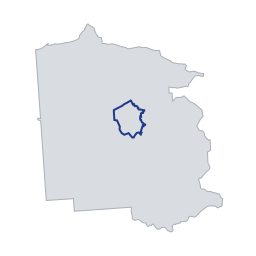 Gebrat Al Sheikh, North Kordufan, Sudan (highlighted), rotated 266°
{"feature_id": "16777658B91752448930430", "entity_name": "Gebrat Al Sheikh", "entity_type": "district", "adm_level": 2, "iso_a3": "SDN", "parent_name": "Sudan", "parent_adm1": "North Kordufan", "projection": "mercator", "projection_center": [31.456, 15.37], "detail": "fine", "context": "in_parent", "style": "outline", "palette": "blue", "viewbox_px": 256, "rotation_deg": 266, "n_neighbors": 0, "source": "geoboundaries", "source_scale": "gbopen_adm2", "svg_char_len": 5812}
<svg xmlns="http://www.w3.org/2000/svg" viewBox="0 0 256 256"><g transform="rotate(266 128 128)"><path d="M177.1,207.2L174.7,207.2L174.4,206.7L174.5,205.1L174.7,203.9L175.6,202.1L175.4,201.1L175.5,199.6L174.9,198.0L169.2,193.2L168.1,191.9L165.0,190.7L165.6,189.3L164.3,179.5L164.9,178.4L165.1,176.7L165.1,175.2L165.8,172.6L165.9,171.6L159.8,171.5L159.8,172.6L160.0,173.8L160.0,174.3L151.6,174.3L155.0,178.2L155.1,179.8L154.9,181.9L155.0,183.3L155.2,184.2L156.1,185.9L156.0,186.2L155.8,186.6L149.8,191.7L148.8,194.1L148.0,195.3L146.3,197.4L140.8,202.9L139.9,203.2L135.7,203.4L135.3,203.6L135.0,203.8L134.8,203.8L131.3,200.6L125.3,196.7L121.3,198.7L120.2,199.5L120.2,201.3L119.6,202.3L118.5,203.3L115.6,203.9L114.1,204.5L112.3,205.5L110.5,207.3L110.4,208.2L110.6,209.0L100.4,208.9L99.8,208.3L98.3,205.4L97.3,205.6L88.1,205.3L86.7,205.6L84.1,206.8L82.8,206.9L81.4,206.4L76.6,200.7L75.5,200.1L74.4,198.7L73.4,198.1L73.0,197.7L72.9,197.1L72.9,195.8L72.6,195.0L71.8,194.9L65.3,196.2L64.4,196.0L63.0,196.3L62.5,196.5L62.0,197.2L61.9,198.8L61.7,199.6L61.2,200.4L59.4,202.4L59.0,203.2L59.0,205.3L58.9,206.4L58.6,206.9L57.8,207.7L57.5,208.2L57.2,210.9L56.2,212.5L56.0,213.1L55.9,214.3L55.7,214.6L52.8,215.6L51.7,216.2L51.0,217.1L50.9,217.5L49.6,217.2L48.0,216.9L44.9,216.6L43.7,216.2L43.1,215.5L43.3,213.9L43.0,213.6L42.5,213.3L42.2,212.6L42.2,211.7L43.8,209.8L44.2,208.8L44.6,204.0L44.5,202.6L43.2,199.9L40.2,195.3L39.5,194.4L35.8,190.6L35.4,190.0L34.5,188.4L35.5,184.9L35.5,183.9L35.3,182.9L34.4,182.1L33.5,182.1L32.4,181.1L31.7,180.7L31.1,179.9L30.6,178.7L30.9,174.5L30.7,174.0L29.8,173.8L29.6,173.5L29.6,172.7L29.1,170.3L28.5,168.4L28.8,167.3L28.0,165.8L26.5,165.2L23.6,165.7L22.6,165.6L22.0,165.3L21.6,164.8L21.3,164.1L21.6,163.1L22.4,161.4L23.4,159.9L25.6,158.6L26.1,157.9L26.5,157.1L26.5,156.2L26.4,155.2L26.1,154.4L25.5,153.2L24.9,151.8L24.9,150.9L25.2,150.3L25.8,149.5L27.9,147.9L30.0,146.6L30.4,146.2L30.3,145.6L29.3,144.6L29.0,142.5L28.4,141.1L29.5,140.0L30.3,139.6L31.6,139.3L32.1,138.8L32.2,138.0L32.2,137.1L32.6,136.5L33.3,135.2L33.8,134.6L35.4,133.0L35.8,132.0L35.9,131.1L35.4,128.2L36.4,126.9L37.6,125.9L39.4,126.0L42.1,125.8L43.9,125.3L45.3,125.4L48.3,125.9L48.6,125.7L48.8,124.9L48.7,68.6L61.3,68.6L61.4,41.4L140.6,41.4L141.3,41.3L142.5,38.7L143.0,38.5L143.8,38.7L144.1,39.3L143.5,41.4L212.6,41.3L212.7,44.5L213.3,47.0L215.2,50.5L216.9,52.4L217.5,53.5L217.5,54.0L217.5,54.4L217.0,53.9L216.1,53.5L216.0,55.2L216.4,58.6L217.1,61.0L216.6,63.2L216.7,66.9L217.5,71.3L217.4,74.2L218.8,80.8L220.2,84.4L221.0,85.3L221.8,85.8L223.5,86.1L225.9,88.0L227.9,89.9L228.5,91.0L229.5,92.1L230.1,91.9L230.5,91.6L231.1,92.5L234.2,94.4L234.7,95.3L233.6,96.2L232.3,97.8L231.7,99.2L231.3,99.6L230.3,100.5L230.1,101.0L229.7,101.2L229.2,101.2L228.2,101.7L227.2,101.6L226.3,101.8L225.9,102.2L225.2,102.5L224.1,102.6L222.5,103.8L221.2,104.4L220.7,104.9L220.0,107.3L219.4,107.9L217.4,108.0L216.4,108.2L215.0,107.9L214.3,108.0L214.1,108.5L213.9,110.5L213.9,111.4L212.8,113.7L213.1,118.1L212.0,121.3L211.8,122.1L210.7,124.6L210.1,125.6L208.7,130.4L208.1,131.9L206.9,133.4L208.2,144.9L207.1,148.5L207.2,150.4L206.5,153.2L205.9,154.5L205.0,156.1L204.2,157.8L203.5,160.2L203.1,164.5L202.9,164.9L199.2,165.5L198.1,165.8L197.3,166.3L196.4,167.4L194.5,170.5L193.5,172.4L192.0,175.0L190.2,176.8L189.8,177.7L189.5,179.3L188.9,181.9L188.3,183.8L188.4,185.3L187.8,187.9L187.9,189.1L187.3,189.8L186.4,190.5L185.9,190.7L183.3,188.9L181.6,190.1L180.4,191.8L179.6,193.5L180.1,197.0L180.0,197.8L179.8,198.7L178.1,202.2L177.6,203.8L177.1,206.6L177.1,207.2Z" fill="#d9dde1" stroke="#a8b0b8" stroke-width="1"/><path d="M136.9,115.0L136.7,115.9L136.5,116.5L136.3,117.6L130.1,119.9L127.0,119.5L123.3,121.4L121.5,123.9L122.0,125.4L122.8,128.2L121.4,129.3L118.2,131.6L118.2,133.1L120.0,134.2L122.5,136.4L122.8,138.5L121.1,139.8L120.6,140.3L122.7,141.3L123.5,140.6L124.9,141.0L126.4,141.7L127.3,142.0L128.2,142.3L128.5,143.2L129.2,142.8L129.7,143.0L129.4,144.3L129.6,144.9L129.9,145.3L130.1,145.4L130.4,145.3L130.7,144.7L130.8,144.3L130.9,143.7L131.5,143.6L132.1,143.3L132.4,142.6L132.5,142.6L132.8,142.3L134.4,141.7L134.7,141.4L134.9,141.6L135.0,141.6L135.0,141.2L135.7,140.8L136.6,140.8L137.2,140.8L137.6,141.4L137.9,141.7L138.1,141.4L138.4,141.5L138.5,141.3L138.5,141.0L139.0,141.0L139.6,141.9L141.6,141.9L141.8,142.2L141.9,142.3L142.4,143.2L142.0,143.6L141.9,143.8L141.9,144.0L142.0,144.1L142.3,144.1L142.6,144.1L142.8,144.2L142.9,144.3L143.0,144.3L143.1,144.2L143.2,144.3L143.3,144.5L143.5,144.7L143.9,145.0L144.0,145.1L144.1,145.3L144.2,145.5L144.3,145.5L144.5,145.5L144.7,145.4L144.7,144.8L144.7,144.7L144.7,144.4L144.7,144.2L145.0,143.6L145.1,143.4L145.3,142.8L145.4,142.5L145.4,142.2L145.5,142.1L145.5,141.9L145.6,141.6L145.6,141.3L145.6,141.2L145.6,140.9L145.6,140.4L146.3,139.8L146.4,139.7L146.5,139.6L146.7,139.4L146.8,139.2L147.0,139.2L147.1,139.3L147.4,139.5L147.6,139.6L148.0,139.3L148.5,138.9L148.8,138.7L149.1,138.4L149.2,137.9L149.3,137.5L149.4,137.1L149.3,136.8L149.3,136.7L149.5,136.7L149.8,136.8L150.0,136.1L150.0,135.8L150.1,135.6L150.6,135.6L150.9,135.6L151.1,135.6L151.3,135.6L151.3,135.4L151.6,135.4L151.6,134.8L151.2,134.8L151.2,134.5L151.3,134.5L151.4,134.4L151.6,134.4L151.9,134.2L152.0,134.2L153.8,133.4L154.0,133.3L154.2,133.2L154.3,133.2L154.6,133.1L154.9,132.9L155.1,132.8L155.2,132.7L155.0,132.4L154.9,132.0L154.7,131.7L154.2,130.7L154.0,130.2L153.6,129.4L153.3,128.9L153.0,128.2L152.8,127.7L152.4,126.8L152.2,126.4L152.1,126.0L151.9,125.7L151.7,125.4L151.1,124.5L150.7,124.1L150.6,123.7L150.4,123.3L150.2,123.0L150.1,122.7L150.0,122.4L149.6,121.4L149.4,121.0L149.0,120.1L148.9,119.8L148.4,118.7L148.3,118.4L147.9,117.5L147.7,117.1L147.4,116.3L147.2,115.9L147.0,115.5L147.0,115.4L146.9,115.2L145.3,115.0L143.3,115.0L142.2,115.0L138.9,115.0L137.9,115.0L136.9,115.0Z" fill="none" stroke="#1e3a8a" stroke-width="2"/></g></svg>